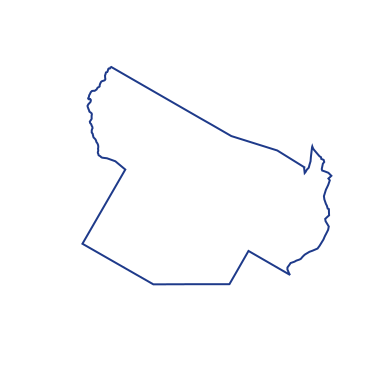 the district of Sarmiento, San Juan, Argentina, rotated 30°
{"feature_id": "61730980B2987031825940", "entity_name": "Sarmiento", "entity_type": "district", "adm_level": 2, "iso_a3": "ARG", "parent_name": "Argentina", "parent_adm1": "San Juan", "projection": "mercator", "projection_center": [-68.823, -32.078], "detail": "fine", "context": "isolated", "style": "outline", "palette": "blue", "viewbox_px": 384, "rotation_deg": 30, "n_neighbors": 0, "source": "geoboundaries", "source_scale": "gbopen_adm2", "svg_char_len": 3702}
<svg xmlns="http://www.w3.org/2000/svg" viewBox="0 0 384 384"><g transform="rotate(30 192 192)"><path d="M318.4,214.8L317.8,214.5L317.1,214.2L315.8,213.2L315.5,213.0L313.3,211.3L312.4,209.6L312.8,206.0L312.9,204.2L313.8,203.2L315.6,201.1L316.7,199.2L318.4,197.3L319.1,196.4L319.7,195.4L320.1,193.0L320.7,190.7L321.0,189.9L321.2,189.4L323.1,186.0L323.6,185.1L325.1,183.3L325.7,182.6L327.5,180.2L329.0,178.2L329.1,177.2L329.4,174.7L329.5,170.4L329.6,167.5L329.3,165.1L329.1,163.0L329.1,161.9L328.8,156.8L328.8,156.6L328.7,156.4L327.7,153.5L325.2,152.1L322.3,150.5L320.8,148.7L321.3,147.0L322.1,144.5L322.4,143.7L321.2,141.8L319.1,138.4L317.8,138.5L315.6,136.4L314.0,135.4L310.3,132.2L308.3,129.6L308.0,128.2L306.8,122.9L306.7,121.0L306.4,117.6L305.5,113.0L303.4,112.1L304.0,110.4L304.6,108.3L300.6,107.2L300.4,107.2L297.1,107.7L294.0,108.3L292.9,107.3L291.2,102.1L291.5,99.9L290.0,98.4L289.9,98.4L289.5,98.4L287.4,98.7L286.4,97.4L284.6,97.3L282.8,96.7L279.7,95.6L276.1,94.3L274.9,93.6L274.7,93.4L274.3,93.2L274.2,93.1L273.4,92.4L273.5,92.8L273.5,93.0L274.4,95.1L276.8,100.7L277.5,102.3L279.3,106.1L280.1,109.5L280.8,112.0L280.9,112.4L280.9,112.6L280.9,113.0L280.6,114.0L280.4,114.8L280.3,115.1L280.3,115.3L280.3,116.2L280.3,118.4L280.2,118.7L280.1,119.2L276.9,114.9L276.9,114.4L276.0,114.4L245.1,113.4L198.1,123.9L196.0,123.9L188.9,123.9L180.9,123.9L175.8,123.9L161.4,124.0L80.2,124.1L60.3,124.1L59.6,124.1L59.5,124.3L59.5,124.5L59.1,125.0L59.2,125.5L59.1,126.2L59.0,126.3L58.2,126.6L58.0,127.0L58.1,127.6L58.2,128.1L58.4,129.1L58.5,129.2L58.6,130.2L58.6,130.5L58.2,131.0L57.7,131.5L58.0,132.7L58.2,133.1L58.3,133.9L58.3,134.0L58.4,134.3L58.5,134.8L58.7,135.0L58.8,135.2L58.9,135.3L59.1,135.6L59.8,136.7L60.5,137.5L60.6,138.2L60.5,138.9L60.3,139.2L58.7,141.0L58.5,141.3L58.3,141.7L58.2,142.4L58.2,142.8L58.3,143.8L58.3,144.1L58.5,145.0L58.6,145.5L58.9,146.2L59.1,146.5L59.2,146.8L58.9,147.6L58.1,148.8L58.1,150.5L58.1,151.0L57.8,151.5L57.4,152.5L57.2,152.8L57.1,153.0L56.4,153.4L56.3,153.5L56.1,153.6L55.8,153.8L55.4,154.1L54.8,154.7L54.7,155.1L54.6,155.5L54.4,156.4L54.5,157.1L54.6,157.9L54.6,159.4L54.6,159.5L54.9,160.6L55.2,161.2L55.2,162.1L55.2,162.8L55.5,163.1L56.4,163.2L56.5,163.0L56.6,162.8L57.4,162.4L57.9,162.7L58.0,162.7L58.5,163.0L58.6,163.5L58.9,164.1L59.0,164.5L59.0,165.2L58.8,166.0L58.6,166.8L58.5,167.4L58.4,167.5L58.4,167.9L58.4,168.0L58.4,168.4L58.4,168.7L58.4,169.4L58.5,169.7L58.8,170.1L59.2,170.5L59.6,170.8L59.8,171.0L60.4,171.5L60.8,171.8L61.2,172.2L62.2,172.8L62.4,173.2L63.0,173.7L63.7,173.8L64.5,173.8L65.2,174.0L65.8,174.1L66.4,174.8L66.7,175.3L66.8,175.9L67.0,176.2L67.2,176.6L67.6,177.3L67.9,177.8L68.3,178.4L68.5,178.9L68.5,179.6L68.5,179.8L68.4,180.7L68.4,181.2L68.4,181.3L68.3,182.1L68.9,182.8L69.4,183.2L69.5,183.3L70.2,183.5L70.7,183.6L71.4,184.2L71.9,184.7L72.6,185.1L73.2,185.5L73.9,186.4L74.0,186.6L74.0,186.8L74.0,187.3L74.3,188.7L74.7,189.3L74.9,189.8L75.2,190.2L75.3,190.5L75.7,190.8L76.0,190.8L76.7,191.2L77.1,191.4L77.6,192.2L78.0,192.4L78.7,193.3L79.3,193.8L79.5,194.0L80.1,194.1L80.7,194.3L81.1,194.4L81.8,194.6L82.4,194.9L82.6,195.1L83.4,195.6L83.9,196.3L84.9,196.8L85.4,197.0L86.2,197.5L86.7,197.9L86.9,198.1L87.3,198.4L87.4,198.6L87.9,199.2L88.4,200.0L88.6,200.5L89.0,201.4L89.0,201.6L89.8,202.5L90.3,203.5L90.4,204.0L90.5,204.5L90.9,205.2L91.2,205.5L91.8,205.8L92.1,206.2L92.5,206.7L92.8,206.8L93.3,206.9L94.0,206.9L94.4,206.9L95.3,207.0L95.7,207.2L96.1,207.2L96.4,207.2L96.9,207.2L97.2,207.1L98.7,206.5L101.5,205.3L110.3,203.7L110.8,203.8L123.0,205.9L123.0,238.9L123.0,274.8L123.0,291.6L204.7,291.3L244.2,268.3L254.0,262.7L270.5,253.1L270.5,241.1L270.4,214.8L273.0,214.8L317.7,214.8L318.4,214.8Z" fill="none" stroke="#1e3a8a" stroke-width="2"/></g></svg>